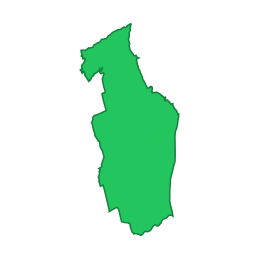 Rediu, Neamt, Romania (Robinson projection), rotated 101°
{"feature_id": "2599482B4557605097369", "entity_name": "Rediu", "entity_type": "district", "adm_level": 2, "iso_a3": "ROU", "parent_name": "Romania", "parent_adm1": "Neamt", "projection": "robinson", "projection_center": [26.525, 46.746], "detail": "fine", "context": "isolated", "style": "filled", "palette": "green", "viewbox_px": 256, "rotation_deg": 101, "n_neighbors": 0, "source": "geoboundaries", "source_scale": "gbopen_adm2", "svg_char_len": 5602}
<svg xmlns="http://www.w3.org/2000/svg" viewBox="0 0 256 256"><g transform="rotate(101 128 128)"><path d="M212.6,130.6L213.6,130.5L208.6,124.6L207.9,123.7L209.2,122.1L210.7,121.1L217.6,118.1L221.2,116.4L221.2,115.5L221.3,114.9L221.4,112.8L221.0,109.3L221.6,108.9L221.6,108.0L222.3,107.7L222.9,107.5L225.8,106.2L229.5,104.0L230.1,102.6L230.9,102.2L230.2,100.7L230.1,98.8L230.3,96.9L230.9,95.7L230.8,94.9L230.4,94.1L229.7,93.5L227.6,92.6L226.5,91.6L226.2,90.8L226.1,89.6L225.9,88.6L224.6,86.8L223.7,86.2L222.4,85.6L221.0,85.2L219.4,84.5L218.7,84.1L218.2,83.6L217.9,83.0L217.9,82.3L218.0,81.9L218.5,81.5L218.5,80.1L218.4,79.6L214.8,77.4L212.1,76.9L211.4,76.5L210.5,75.6L210.2,74.9L208.9,73.0L206.5,71.5L205.8,70.6L205.4,69.6L205.5,67.8L205.9,67.1L201.6,68.7L200.3,69.4L196.0,71.3L195.0,71.9L192.4,72.8L191.5,73.3L187.6,73.8L183.9,74.7L182.0,74.9L179.0,75.4L174.9,75.8L170.6,76.5L166.5,76.4L160.5,76.0L159.1,76.1L155.3,75.9L152.9,75.5L151.6,75.5L146.2,76.4L132.0,79.3L129.8,79.9L129.6,79.8L127.1,80.4L124.4,80.6L123.2,80.9L122.7,80.9L120.0,80.3L115.5,80.1L111.2,80.4L106.9,80.5L104.6,80.7L104.5,80.8L104.6,81.2L105.1,81.6L102.5,83.1L101.4,84.1L101.2,84.3L101.1,84.7L100.7,85.0L100.0,86.0L99.7,86.8L98.9,86.9L98.0,87.4L97.7,87.8L96.5,88.8L95.7,88.5L95.4,88.7L95.9,89.2L95.9,89.5L96.4,89.6L96.5,90.2L96.4,90.7L96.4,90.9L96.2,91.1L95.7,91.3L95.2,92.1L94.8,91.9L94.6,92.0L94.4,92.7L94.1,92.9L93.9,93.2L93.8,93.7L93.8,93.9L93.6,94.3L93.0,94.4L93.2,95.2L93.6,95.9L93.8,96.0L93.1,96.3L93.1,96.5L93.5,96.7L93.7,97.1L93.4,97.7L93.3,97.8L92.8,97.8L92.7,97.3L91.7,96.9L91.0,96.9L90.7,97.1L91.2,97.5L90.9,98.2L91.2,98.8L91.1,99.0L90.7,99.2L90.7,99.7L90.3,100.0L90.4,100.3L90.0,100.5L89.6,100.9L89.7,101.0L89.8,101.6L89.4,101.7L89.4,102.1L89.3,102.3L88.4,103.1L88.5,103.4L88.3,103.6L88.3,103.8L88.1,104.3L87.9,104.5L87.9,105.1L87.8,105.3L87.6,105.9L87.5,106.7L87.5,107.3L88.0,107.5L87.9,108.1L88.2,108.6L88.1,109.0L88.9,110.2L88.9,110.9L88.8,111.0L88.4,110.8L88.0,110.9L87.8,111.3L87.1,111.5L87.2,111.8L85.4,111.5L85.2,111.5L84.7,111.6L84.2,111.8L84.0,112.2L83.6,112.0L83.3,112.2L82.9,112.7L82.8,113.2L83.0,113.5L82.9,113.7L83.3,114.2L83.9,114.0L85.1,116.1L85.3,116.7L84.8,116.8L79.9,120.5L78.2,121.9L77.7,122.7L77.4,122.9L76.7,123.0L75.5,123.5L73.2,125.0L71.0,126.7L70.4,126.9L69.1,127.6L67.9,128.8L66.3,129.5L65.9,129.8L65.7,129.8L65.7,130.0L64.7,130.5L64.4,130.5L64.1,130.7L64.0,130.9L63.5,131.2L63.1,131.1L61.7,131.8L61.4,131.9L61.2,132.1L60.7,132.1L60.3,132.7L58.9,132.6L58.6,132.8L57.2,130.7L57.0,131.9L56.8,132.1L56.5,133.2L55.5,133.7L55.1,134.1L55.5,134.4L55.8,134.9L55.8,136.1L54.8,136.8L54.2,137.8L53.8,138.0L53.7,138.2L53.5,138.5L52.7,138.8L52.4,139.1L52.1,140.3L51.3,140.6L51.2,140.8L46.7,142.7L45.1,142.4L43.6,143.0L41.4,144.3L40.6,144.5L38.9,144.3L37.1,144.3L35.8,144.7L35.0,144.7L34.2,145.1L32.4,144.5L31.3,144.3L29.8,145.1L27.9,144.8L26.3,144.9L25.6,144.7L25.1,145.0L26.0,146.4L27.5,148.0L28.0,148.4L29.2,148.8L29.7,149.3L29.9,149.9L29.7,151.1L31.4,153.1L32.0,153.5L32.5,154.1L33.0,155.1L33.2,156.4L34.8,158.3L36.1,160.2L36.9,161.0L37.3,161.6L38.3,162.1L40.8,164.1L41.6,165.2L42.9,165.5L44.5,166.4L44.7,167.2L45.7,169.6L45.9,170.8L46.0,171.1L47.5,171.2L49.1,172.4L49.5,172.8L49.9,173.7L50.6,174.4L50.8,174.9L51.7,175.6L52.4,176.7L53.4,177.5L55.0,177.8L55.4,177.9L56.2,179.3L56.8,180.9L56.9,182.1L57.2,182.3L58.0,182.8L58.6,183.5L59.4,184.1L60.1,185.0L60.0,186.4L60.5,188.5L60.6,188.9L61.0,188.9L62.7,188.3L63.0,188.0L63.3,188.0L63.6,187.7L64.4,187.4L66.3,187.6L66.5,187.5L66.5,187.3L66.3,186.7L65.9,186.4L67.4,185.8L67.8,185.8L68.1,186.0L68.8,185.5L68.7,185.1L68.2,184.8L68.5,184.6L68.3,184.2L68.5,183.8L68.2,183.4L68.3,183.2L69.0,183.0L69.3,183.2L69.9,183.1L70.7,183.5L71.4,183.5L72.2,183.9L72.6,183.9L73.6,184.4L74.3,185.0L75.4,185.2L75.5,185.4L76.9,184.8L77.2,184.9L77.8,184.9L78.7,184.2L79.3,184.8L79.7,184.8L80.0,184.6L80.5,184.7L80.5,184.8L79.8,185.5L79.8,185.9L80.0,186.0L80.3,185.8L80.7,185.1L81.1,184.7L80.8,184.7L81.1,184.5L81.1,184.1L81.3,184.0L81.5,184.1L81.7,183.9L82.0,183.9L82.1,183.6L82.6,183.8L82.8,183.7L82.2,183.4L82.7,183.0L82.5,182.7L81.3,182.6L80.8,182.1L81.1,182.0L82.8,180.6L83.4,180.4L84.1,180.6L84.6,180.3L84.8,180.2L84.8,179.9L85.1,179.6L85.5,179.5L86.6,177.9L87.6,177.5L87.8,177.4L88.2,176.8L88.7,176.5L88.9,175.9L89.7,175.3L89.3,175.1L88.9,175.2L88.7,174.9L88.4,174.9L88.6,174.5L87.4,173.7L86.9,173.7L86.4,173.5L85.5,173.4L84.9,173.2L83.9,172.9L83.5,172.0L83.1,171.8L82.2,171.5L81.8,171.7L81.5,171.7L81.2,170.9L80.7,170.8L80.5,170.3L79.7,169.6L79.4,169.0L79.0,168.9L78.7,168.5L76.7,167.5L76.2,167.1L75.6,166.9L75.1,166.9L74.7,166.6L75.2,165.9L75.4,165.3L74.0,164.8L74.7,164.4L75.7,165.0L77.1,165.3L77.3,165.9L77.2,166.2L77.4,166.3L78.2,166.6L78.9,166.3L79.9,165.0L79.8,164.7L79.0,163.7L78.9,163.0L78.6,162.5L78.6,162.2L79.0,162.0L79.6,161.9L81.0,162.2L82.5,162.2L83.5,162.4L84.6,162.5L85.3,162.4L86.6,162.0L91.9,159.7L97.2,157.1L97.4,157.2L98.7,159.5L99.6,160.1L102.3,158.9L107.3,156.6L115.0,152.7L120.4,160.1L121.8,162.6L121.9,163.1L122.5,163.7L123.9,164.4L124.6,164.5L125.4,164.3L126.9,164.1L128.1,164.3L129.6,164.9L130.0,164.4L130.9,163.9L133.3,162.9L137.6,161.0L138.1,160.5L138.8,160.1L141.8,159.0L143.0,158.0L143.8,156.9L144.7,156.4L145.4,155.4L146.7,154.6L146.4,153.9L146.6,153.7L147.4,153.1L149.3,152.6L149.9,152.3L150.9,152.2L153.1,150.8L153.9,150.2L154.0,149.9L156.5,148.1L160.4,146.3L160.8,146.0L168.6,147.0L169.1,147.2L170.0,146.5L170.9,146.2L173.3,148.9L173.7,147.6L175.0,147.8L174.7,147.5L180.9,147.3L181.8,147.8L183.6,146.6L185.3,146.1L185.5,146.5L190.5,144.0L188.8,141.7L194.3,138.8L212.6,130.6Z" fill="#22c55e" stroke="#15803d" stroke-width="1.5"/></g></svg>